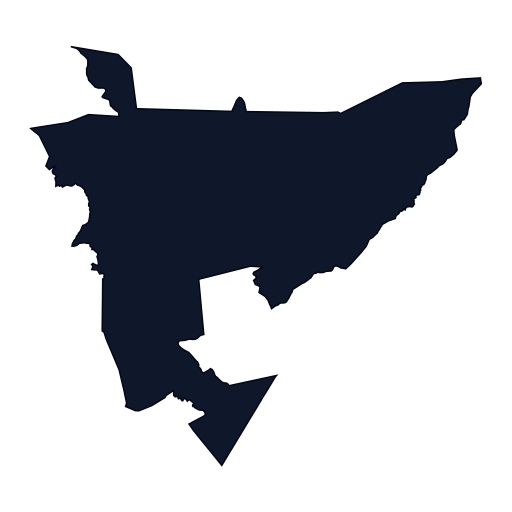 outline of San Andrés Cabecera Nueva, Oaxaca, Mexico
{"feature_id": "50627088B54059614854517", "entity_name": "San Andrés Cabecera Nueva", "entity_type": "district", "adm_level": 2, "iso_a3": "MEX", "parent_name": "Mexico", "parent_adm1": "Oaxaca", "projection": "mercator", "projection_center": [-97.793, 16.825], "detail": "fine", "context": "isolated", "style": "filled", "palette": "ink", "viewbox_px": 512, "rotation_deg": 0, "n_neighbors": 0, "source": "geoboundaries", "source_scale": "gbopen_adm2", "svg_char_len": 5774}
<svg xmlns="http://www.w3.org/2000/svg" viewBox="0 0 512 512"><path d="M135.5,410.7L138.8,410.8L141.4,409.8L151.8,405.6L164.9,397.6L166.1,395.5L172.2,391.4L173.1,390.7L173.7,391.9L173.6,393.3L173.7,395.4L174.4,396.1L175.2,396.8L177.4,396.4L178.0,397.4L178.2,398.6L178.8,398.8L179.9,398.1L180.5,397.9L180.9,398.4L180.9,399.1L181.3,399.8L181.9,400.7L182.6,400.8L183.2,400.1L183.6,399.4L184.1,398.7L184.8,398.1L185.3,398.7L186.1,399.3L186.7,400.1L187.3,401.2L188.3,400.3L189.0,400.1L189.8,399.8L190.8,400.8L191.7,401.5L192.9,402.3L193.8,403.0L193.3,404.1L192.7,404.9L192.6,406.0L193.1,406.6L194.3,406.3L194.4,407.1L194.6,407.6L195.5,408.0L196.3,408.6L197.5,409.1L198.6,409.8L199.5,410.0L200.5,410.1L201.3,410.1L201.8,410.2L203.3,410.4L203.9,411.2L204.3,411.8L204.7,412.2L205.2,413.2L205.1,414.3L204.8,415.5L189.0,424.0L193.5,430.5L221.8,465.4L225.2,459.7L239.3,436.4L242.2,431.6L245.6,425.9L249.0,420.3L253.9,412.2L254.4,411.4L256.9,407.3L259.9,402.2L261.0,400.5L261.9,398.8L264.1,395.2L264.7,394.3L268.6,388.0L275.2,377.0L276.5,375.5L229.1,385.7L227.7,383.9L226.1,383.0L223.6,382.9L221.4,381.6L219.9,380.3L218.7,379.1L217.3,377.5L215.5,376.3L214.7,374.7L213.6,371.6L212.3,369.7L210.5,368.6L209.0,369.9L205.5,372.1L202.9,373.0L201.3,370.9L200.9,369.2L199.9,368.0L198.6,367.1L198.8,364.9L197.7,362.1L196.4,361.1L194.1,358.5L192.8,357.0L192.5,356.6L190.7,354.5L188.7,352.4L185.4,350.7L183.5,349.6L180.7,347.6L178.6,345.3L177.9,343.1L179.4,340.7L183.6,340.5L185.2,340.3L186.8,339.8L187.6,339.6L189.4,339.1L191.2,339.3L192.9,339.4L195.0,339.3L197.3,338.3L199.1,336.5L200.6,335.3L203.8,334.5L198.7,279.2L198.9,279.2L250.4,266.2L261.7,266.9L261.5,268.1L260.6,268.2L257.5,270.4L254.1,272.0L253.1,273.6L253.8,274.9L255.5,275.7L256.2,277.3L255.7,278.6L253.6,280.4L255.3,284.5L258.1,285.5L260.1,287.0L259.0,292.5L263.4,295.3L265.2,296.5L268.1,300.3L269.1,302.9L269.7,304.4L270.6,306.2L271.6,308.7L272.6,307.9L274.7,306.3L276.3,305.5L278.0,305.0L278.7,304.2L280.5,303.0L282.8,303.0L284.8,302.8L286.5,301.8L287.3,300.1L288.5,298.7L289.4,296.7L290.9,293.9L292.0,292.2L292.8,289.4L302.3,283.4L304.9,282.2L308.2,279.7L311.1,277.5L312.8,274.7L314.0,273.4L315.9,273.2L316.1,273.1L317.9,272.2L319.6,272.6L321.3,272.6L323.6,272.4L325.8,271.4L328.0,271.2L331.1,271.0L332.6,269.7L333.5,267.1L335.7,265.8L338.8,266.7L340.9,268.0L342.4,268.1L344.9,268.6L345.7,268.8L351.1,263.7L356.4,257.8L360.5,253.3L366.3,246.2L369.2,239.4L372.7,237.4L375.5,234.6L377.3,233.1L378.3,230.8L379.3,229.7L380.3,227.6L381.7,225.7L382.2,224.5L383.8,223.6L388.4,220.9L395.3,218.5L396.0,215.9L396.8,215.2L397.5,214.5L398.4,214.1L399.3,212.7L400.3,211.1L401.0,210.8L401.4,211.2L402.5,210.7L403.2,209.9L403.8,209.0L404.2,209.3L405.1,209.9L405.3,209.1L405.8,208.5L405.8,207.6L406.4,207.3L407.1,206.9L407.5,207.0L408.7,206.6L409.3,206.7L410.0,206.3L411.1,206.9L412.2,206.9L413.1,206.1L414.4,204.0L413.9,203.0L414.0,202.3L413.7,202.0L413.6,201.6L414.1,200.9L414.0,200.3L413.4,199.5L413.7,198.9L415.0,198.1L415.7,197.8L416.1,197.1L415.8,196.4L415.7,195.6L416.9,195.1L418.2,194.5L418.9,194.8L419.3,194.4L419.7,193.4L420.0,192.2L420.0,191.2L420.0,190.4L420.6,190.2L420.6,189.0L420.5,188.5L420.6,188.3L420.7,187.8L420.7,187.4L421.3,187.1L421.6,186.8L421.9,185.5L422.5,185.0L423.7,184.6L423.8,184.0L424.4,183.8L424.8,182.9L424.9,181.9L426.0,179.6L426.3,176.5L426.7,175.9L427.2,174.9L430.9,172.9L437.3,167.7L439.0,165.8L440.0,165.3L443.4,163.5L445.5,161.1L446.5,159.0L447.8,158.2L450.3,157.2L453.7,154.3L457.0,150.3L457.1,149.9L456.5,146.5L454.4,136.2L453.7,129.7L456.8,126.7L458.1,125.7L459.1,124.7L460.3,124.2L460.7,123.3L462.0,119.8L463.6,119.8L463.8,119.8L467.3,114.4L468.2,108.2L468.7,107.3L469.7,101.1L469.7,100.7L469.9,99.5L470.2,97.5L470.8,96.0L472.5,93.2L481.3,83.8L480.4,77.9L461.5,79.1L442.0,81.8L402.3,82.9L340.7,113.5L337.9,112.1L323.4,112.7L246.3,111.6L245.3,107.5L244.8,104.6L244.3,102.6L243.4,100.8L241.4,98.1L239.3,97.3L237.7,99.0L236.5,100.6L235.4,103.3L234.6,105.1L233.8,107.1L232.9,108.8L231.9,111.4L143.8,108.9L136.5,108.7L131.2,67.9L118.1,54.5L70.8,46.6L76.8,48.5L77.9,49.4L79.7,51.1L80.9,53.1L82.8,54.6L83.5,55.1L84.3,55.8L86.0,57.5L86.7,58.3L87.7,59.5L87.8,61.3L87.8,63.7L87.8,65.7L86.5,68.9L86.7,70.9L86.6,73.0L86.8,74.8L87.4,76.2L88.2,77.5L88.4,79.2L88.7,80.2L89.2,80.7L90.0,81.7L91.0,82.4L91.9,83.7L93.3,85.0L94.9,86.9L98.3,88.1L103.2,88.0L104.5,88.4L105.8,89.8L105.8,91.4L102.1,96.7L102.8,97.6L108.3,99.4L109.7,100.5L110.4,105.3L111.0,106.3L112.5,107.2L113.2,108.4L116.2,110.8L118.5,112.3L119.1,116.5L88.5,114.6L67.9,122.6L30.9,128.4L30.7,128.5L39.3,135.5L49.6,156.5L45.9,166.0L49.4,169.6L51.0,168.4L53.2,167.2L55.1,166.5L53.8,168.5L52.4,170.5L52.4,172.1L53.2,173.7L55.2,174.7L56.4,176.2L55.0,178.0L55.4,180.0L56.0,181.8L55.9,184.1L55.8,186.3L58.1,185.2L59.6,186.2L61.3,185.2L62.4,187.1L64.5,186.0L66.5,185.0L68.8,185.4L70.5,186.0L72.0,185.9L73.8,184.8L75.4,183.2L77.4,185.0L79.8,185.8L81.8,187.0L84.7,189.9L84.8,192.0L86.0,193.4L86.5,195.5L88.2,196.6L88.2,198.5L89.0,200.4L89.4,202.0L88.7,203.8L88.7,205.9L90.3,207.5L89.5,209.2L90.4,212.0L89.8,214.0L89.7,216.0L89.1,219.8L88.4,222.3L86.4,223.9L84.7,224.9L82.8,225.4L81.8,227.3L81.0,229.7L80.1,231.5L78.4,233.4L77.9,234.9L76.6,236.1L75.7,238.9L74.0,240.6L73.3,242.1L72.4,243.8L72.2,245.1L72.0,246.2L74.4,246.1L77.3,245.1L79.3,243.3L81.3,243.1L84.6,242.7L86.6,243.3L88.3,243.2L90.1,244.1L90.1,246.4L92.1,247.5L91.9,249.5L93.7,249.5L95.3,251.4L97.5,253.0L97.9,255.1L97.0,256.4L97.3,257.9L97.9,259.6L98.3,262.4L98.5,264.8L97.0,265.3L95.5,264.8L93.0,263.4L91.6,264.4L92.8,266.1L92.4,268.0L91.7,269.6L94.9,269.9L97.4,269.9L98.3,271.4L99.6,273.9L102.9,273.5L104.8,274.9L103.8,276.3L104.3,278.1L102.7,278.9L102.2,331.0L104.0,332.2L106.3,339.4L119.1,369.8L124.2,391.4L126.6,403.1L125.6,406.5L135.5,410.7Z" fill="#0f172a" stroke="#020617" stroke-width="1.5"/></svg>